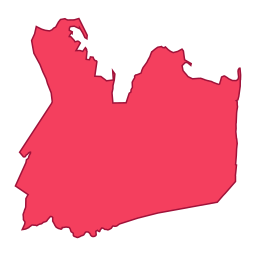 the district of Santa María Cortijo, Oaxaca, Mexico
{"feature_id": "50627088B48919250536034", "entity_name": "Santa María Cortijo", "entity_type": "district", "adm_level": 2, "iso_a3": "MEX", "parent_name": "Mexico", "parent_adm1": "Oaxaca", "projection": "natural_earth1", "projection_center": [-98.318, 16.434], "detail": "fine", "context": "isolated", "style": "filled", "palette": "rose", "viewbox_px": 256, "rotation_deg": 0, "n_neighbors": 0, "source": "geoboundaries", "source_scale": "gbopen_adm2", "svg_char_len": 4314}
<svg xmlns="http://www.w3.org/2000/svg" viewBox="0 0 256 256"><path d="M19.6,152.2L23.4,156.8L24.1,156.9L25.0,156.8L25.5,156.3L26.3,155.0L27.3,154.4L28.1,153.6L28.6,152.9L29.5,152.3L30.3,152.2L30.1,153.0L30.5,153.1L28.8,156.4L28.5,157.9L27.5,159.1L26.5,159.6L25.9,162.7L15.4,186.0L28.1,194.6L25.9,198.6L25.7,207.0L25.2,208.9L24.9,209.1L24.4,210.6L24.0,212.1L23.5,213.2L23.1,214.7L23.2,215.7L23.3,216.5L23.4,218.2L23.4,219.6L23.9,220.4L24.7,221.5L25.0,222.6L24.5,224.6L22.2,229.6L23.6,229.4L24.6,229.2L25.7,229.0L27.0,228.4L28.9,227.5L29.5,226.7L30.6,226.2L31.4,225.3L32.4,225.0L34.1,225.2L35.5,225.2L36.8,225.7L38.4,224.7L39.7,224.1L40.9,224.0L42.1,223.4L43.3,222.3L44.7,221.9L46.0,221.5L46.9,220.8L47.5,219.8L48.1,219.1L49.3,217.7L50.4,216.5L51.2,216.5L52.3,217.0L52.7,217.5L52.7,218.9L52.7,220.1L52.7,221.1L53.2,222.0L53.6,222.7L54.0,223.4L54.5,224.4L54.8,225.1L55.5,226.2L56.2,227.2L57.4,227.9L58.5,228.5L59.8,228.8L61.0,229.2L61.6,229.0L62.0,228.5L62.2,227.5L62.5,227.5L63.2,227.5L64.0,227.4L66.1,227.0L66.6,227.1L68.2,227.3L69.2,227.5L69.5,227.8L70.3,229.2L70.7,230.7L71.1,231.7L73.0,233.0L73.3,233.5L73.3,234.9L73.4,235.5L73.7,236.0L74.8,236.6L75.8,236.9L76.9,237.4L77.7,237.5L78.2,237.3L79.3,236.9L80.5,236.3L81.2,235.9L81.9,235.6L82.6,235.5L83.8,234.8L85.4,232.4L86.2,231.9L86.9,232.0L88.1,232.0L89.0,232.6L89.8,233.5L90.4,234.3L90.5,234.9L90.8,235.3L91.6,236.1L92.6,236.5L93.8,236.5L94.6,236.3L95.5,235.8L96.2,234.9L96.0,232.6L95.8,231.3L97.4,230.3L98.0,230.9L99.3,231.6L99.7,231.4L100.3,229.8L101.1,228.9L101.6,228.1L102.7,228.1L103.6,228.5L104.8,229.4L106.2,229.4L107.9,229.9L109.0,229.5L110.2,228.9L111.2,228.3L111.9,227.4L112.4,226.4L113.0,226.0L113.6,226.1L114.7,226.3L115.9,226.2L116.9,225.9L119.4,224.0L137.8,218.1L157.9,213.0L187.7,207.6L188.0,207.5L188.7,207.4L217.3,202.2L223.0,195.6L225.2,193.3L235.5,181.5L235.5,176.2L235.4,175.7L236.5,165.0L235.6,164.7L235.7,163.2L236.3,155.9L236.6,148.8L237.1,144.3L237.2,143.6L236.7,138.8L236.5,138.7L235.8,131.4L235.9,130.8L236.1,128.7L236.0,123.7L236.2,122.9L236.6,113.1L236.8,111.1L237.5,107.0L237.5,106.5L237.2,104.5L237.2,101.8L236.8,100.9L236.4,100.7L237.9,99.8L238.8,96.3L240.2,86.2L240.3,78.9L240.5,79.0L240.6,76.1L240.6,74.8L240.0,68.2L239.3,68.2L238.3,69.6L238.0,71.1L238.2,73.6L238.6,76.9L238.3,78.4L237.8,79.5L236.2,80.6L232.3,80.5L228.7,78.8L227.7,78.0L227.3,77.7L224.6,76.0L223.9,76.0L221.6,77.0L221.2,78.4L221.0,79.1L220.7,80.2L220.6,80.7L220.2,81.8L220.1,82.2L219.9,83.0L219.6,84.0L218.8,84.4L216.6,83.7L213.4,82.5L211.5,81.5L207.2,80.5L204.8,79.8L204.7,79.7L202.0,78.7L200.7,78.3L197.7,78.4L196.7,78.5L192.5,78.8L188.1,76.7L187.8,76.4L187.5,76.0L185.8,73.9L185.3,73.4L183.0,70.6L182.1,65.7L183.3,64.4L185.2,62.6L187.3,62.5L190.8,65.4L191.2,63.6L184.6,59.8L184.5,58.6L184.4,58.4L183.4,51.0L182.0,49.1L177.8,51.4L173.2,52.6L170.6,51.4L168.5,49.9L168.3,49.8L165.4,46.9L165.0,47.1L164.6,47.7L162.6,47.5L162.1,47.1L161.6,46.5L160.2,46.8L159.7,46.9L158.9,47.0L158.4,47.1L157.6,47.3L155.1,49.1L152.9,50.9L152.1,51.8L151.7,51.8L150.5,54.9L149.9,56.7L149.5,57.3L148.8,58.7L148.6,58.9L146.9,62.3L146.7,62.6L145.4,64.4L143.2,67.4L142.8,68.1L141.9,70.2L141.2,72.7L140.8,73.2L137.2,74.7L135.6,75.0L134.6,76.1L134.6,76.3L134.7,77.3L134.7,77.5L134.4,78.3L133.7,79.3L132.3,82.0L132.2,82.2L132.2,82.3L132.4,87.4L131.1,89.7L130.9,92.0L129.2,93.3L126.1,102.8L112.9,103.0L112.0,92.9L112.9,88.7L113.0,85.6L114.3,79.9L114.9,74.0L112.7,70.8L113.3,80.0L106.4,80.8L106.2,80.7L105.8,80.2L100.9,76.5L94.8,76.2L96.9,61.7L96.5,60.9L95.3,60.7L94.0,59.4L93.4,58.0L93.1,57.2L90.4,56.9L89.5,59.7L88.2,59.6L86.2,59.3L87.0,51.1L86.2,50.1L86.2,49.9L86.6,49.4L86.2,48.8L86.1,48.5L85.6,47.9L85.4,48.0L85.3,47.8L82.7,51.4L80.0,50.5L76.0,50.6L80.3,43.0L78.9,41.6L77.9,41.1L77.3,41.2L75.0,41.8L74.3,40.7L74.2,40.4L70.9,36.8L69.6,36.6L69.2,36.6L69.2,36.3L71.2,33.0L71.4,32.8L72.1,33.5L72.3,31.8L69.3,30.3L69.3,29.1L69.5,27.9L70.3,26.6L74.3,26.2L79.6,28.7L79.6,27.8L82.7,32.9L84.9,37.5L86.9,38.8L87.2,35.2L78.9,18.5L74.1,19.9L67.7,20.0L65.7,19.2L65.0,18.7L60.5,19.5L58.5,22.0L55.7,27.1L53.7,28.1L51.9,29.9L49.5,30.9L45.2,30.3L41.7,29.2L37.6,27.2L36.3,26.5L34.6,33.9L31.6,40.5L32.8,47.4L33.9,53.3L40.0,64.5L42.9,71.9L46.2,78.9L47.5,83.5L51.2,92.9L51.5,95.6L52.2,101.3L52.1,102.2L51.3,103.9L51.0,104.3L19.8,152.0L19.6,152.2Z" fill="#f43f5e" stroke="#9f1239" stroke-width="1.5"/></svg>